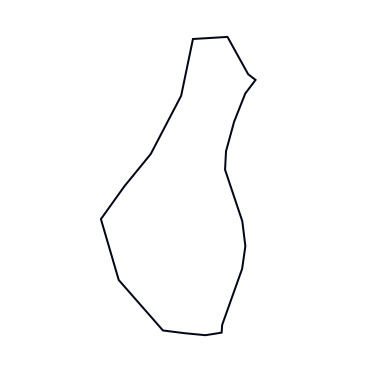 the Municipality of Sumqayıt, rotated 68°
{"feature_id": "AZE-1717", "entity_name": "Sumqayıt", "entity_type": "Municipality", "adm_level": 1, "iso_a3": "AZE", "parent_name": "Azerbaijan", "parent_adm1": "", "projection": "albers", "projection_center": [49.598, 40.601], "detail": "fine", "context": "isolated", "style": "outline", "palette": "ink", "viewbox_px": 384, "rotation_deg": 68, "n_neighbors": 0, "source": "natural_earth", "source_scale": "10m", "svg_char_len": 423}
<svg xmlns="http://www.w3.org/2000/svg" viewBox="0 0 384 384"><g transform="rotate(68 192 192)"><path d="M111.9,91.1L120.6,105.7L142.7,126.7L167.0,145.2L183.7,153.0L237.9,156.3L262.2,162.8L282.0,174.3L326.5,213.8L333.5,217.2L329.8,233.2L319.9,252.2L309.5,270.8L246.2,292.9L183.0,286.6L161.4,252.6L141.3,216.0L98.7,166.0L50.5,133.8L61.5,101.0L103.9,95.8L111.9,91.1Z" fill="none" stroke="#020617" stroke-width="2"/></g></svg>